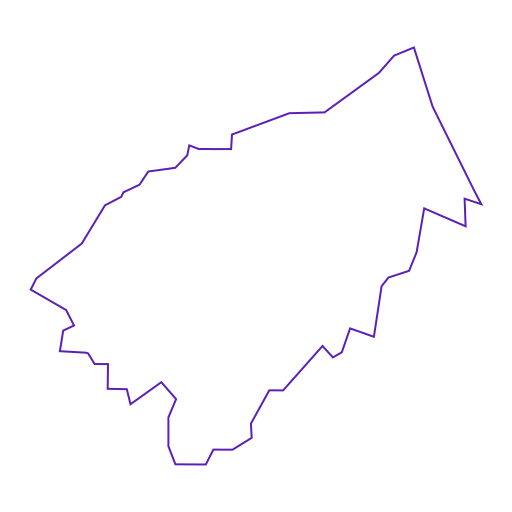 Roane, Tennessee, United States of America
{"feature_id": "52423323B98361785836731", "entity_name": "Roane", "entity_type": "district", "adm_level": 2, "iso_a3": "USA", "parent_name": "United States of America", "parent_adm1": "Tennessee", "projection": "robinson", "projection_center": [-84.545, 35.847], "detail": "fine", "context": "isolated", "style": "outline", "palette": "violet", "viewbox_px": 512, "rotation_deg": 0, "n_neighbors": 0, "source": "geoboundaries", "source_scale": "gbopen_adm2", "svg_char_len": 810}
<svg xmlns="http://www.w3.org/2000/svg" viewBox="0 0 512 512"><path d="M474.2,190.6L432.6,106.6L413.9,47.5L394.1,55.6L378.9,72.9L324.5,112.4L289.3,113.2L232.0,134.5L231.1,149.1L198.7,149.0L189.3,145.4L187.2,155.4L175.3,167.8L148.3,171.5L139.5,184.7L123.4,192.3L121.3,196.8L105.0,205.3L81.8,243.5L36.4,278.4L30.7,289.6L66.2,310.1L74.0,325.5L63.2,330.6L59.9,351.2L86.2,352.7L88.1,353.4L94.6,364.0L108.0,364.1L107.7,388.8L126.8,389.2L130.5,404.2L161.3,382.2L176.1,399.1L168.4,417.4L168.4,446.2L175.4,464.3L205.8,464.5L213.4,449.6L232.5,449.7L251.7,437.8L250.9,423.7L269.3,390.3L283.1,390.4L322.5,346.0L332.9,357.4L341.8,352.3L350.1,328.4L373.9,336.8L381.6,286.2L388.5,277.5L409.1,270.8L416.6,252.3L424.2,208.4L465.6,226.3L464.6,198.7L481.3,204.2L474.2,190.6Z" fill="none" stroke="#5b21b6" stroke-width="2"/></svg>